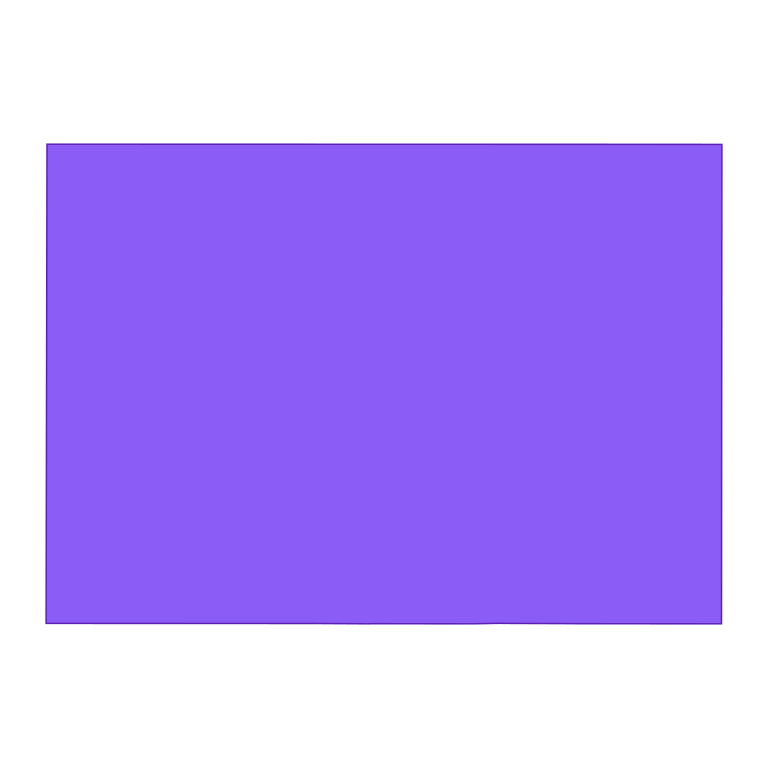 outline of Martin, Minnesota, United States of America
{"feature_id": "52423323B83140229851985", "entity_name": "Martin", "entity_type": "district", "adm_level": 2, "iso_a3": "USA", "parent_name": "United States of America", "parent_adm1": "Minnesota", "projection": "robinson", "projection_center": [-94.489, 43.674], "detail": "fine", "context": "isolated", "style": "filled", "palette": "violet", "viewbox_px": 768, "rotation_deg": 0, "n_neighbors": 0, "source": "geoboundaries", "source_scale": "gbopen_adm2", "svg_char_len": 298}
<svg xmlns="http://www.w3.org/2000/svg" viewBox="0 0 768 768"><path d="M504.5,623.4L562.7,623.6L577.3,623.7L721.5,623.8L721.9,144.4L586.5,144.3L47.0,144.2L46.1,623.4L311.8,623.5L367.8,623.8L373.1,623.7L473.8,623.8L499.8,623.3L504.5,623.4Z" fill="#8b5cf6" stroke="#5b21b6" stroke-width="1.5"/></svg>